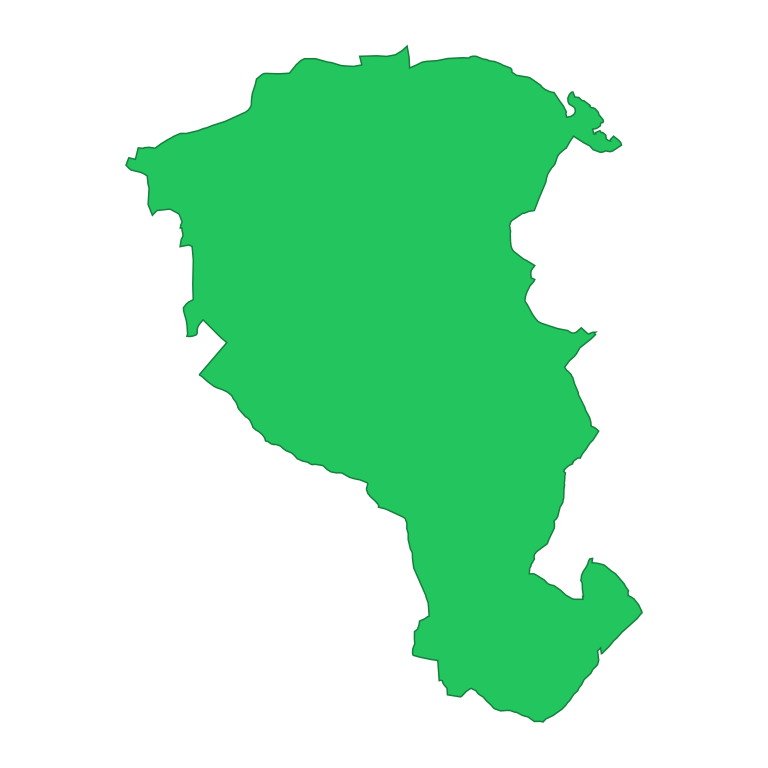 Milas, Bistrita-Nasaud, Romania (Equal Earth projection)
{"feature_id": "2599482B6328448760405", "entity_name": "Milas", "entity_type": "district", "adm_level": 2, "iso_a3": "ROU", "parent_name": "Romania", "parent_adm1": "Bistrita-Nasaud", "projection": "equal_earth", "projection_center": [24.441, 46.819], "detail": "fine", "context": "isolated", "style": "filled", "palette": "green", "viewbox_px": 768, "rotation_deg": 0, "n_neighbors": 0, "source": "geoboundaries", "source_scale": "gbopen_adm2", "svg_char_len": 6072}
<svg xmlns="http://www.w3.org/2000/svg" viewBox="0 0 768 768"><path d="M539.5,721.3L543.1,721.9L543.1,721.3L544.4,720.8L545.4,719.2L552.9,715.6L561.8,709.3L565.7,705.3L567.8,702.4L569.4,701.0L573.7,694.4L577.7,690.8L579.1,687.7L581.5,684.8L584.1,679.6L591.0,673.1L592.7,669.6L596.7,665.7L597.5,664.6L598.7,660.3L597.6,650.8L600.6,647.9L601.4,653.7L602.1,653.4L609.2,646.4L613.7,640.8L617.0,637.8L622.1,632.1L637.2,618.5L640.6,614.2L641.9,613.1L642.0,612.0L638.7,604.9L633.9,598.8L631.1,597.0L628.2,595.6L628.0,592.4L628.6,590.9L625.3,586.2L624.3,584.0L615.6,573.9L611.1,570.8L604.8,565.5L603.5,564.8L597.7,563.3L592.0,562.7L592.6,558.4L589.6,559.0L588.6,561.1L587.8,563.9L586.3,566.9L583.4,571.2L581.5,575.5L581.3,578.1L580.8,580.4L582.2,582.8L582.4,589.0L583.4,596.3L582.6,596.3L582.9,599.3L575.9,599.3L573.8,599.2L572.0,598.6L565.9,595.2L560.5,590.2L554.1,585.7L550.0,584.7L547.6,583.6L544.3,580.0L535.2,574.4L533.7,573.8L529.3,573.9L529.7,568.2L530.8,566.4L531.4,564.0L532.7,562.2L533.2,560.9L534.4,559.2L534.0,556.6L534.7,554.0L536.9,551.5L547.3,543.7L548.9,539.4L554.3,528.2L554.5,524.8L554.1,520.8L556.3,518.9L557.7,516.6L560.0,507.3L562.8,502.6L563.2,499.6L563.7,498.3L564.0,489.0L564.6,484.5L564.2,483.1L564.6,481.5L564.9,475.9L565.4,472.8L563.6,471.4L564.5,469.8L564.2,469.6L568.5,465.8L572.6,463.8L572.4,463.3L573.0,462.5L572.7,462.2L574.7,460.2L578.0,457.9L580.2,458.1L582.4,453.8L585.8,449.5L589.8,443.3L593.2,439.8L598.7,431.1L596.7,429.2L594.2,427.4L591.2,426.2L590.8,421.9L589.5,417.4L585.6,410.2L584.7,407.2L578.5,394.8L578.2,392.4L574.4,383.4L572.8,377.6L571.8,376.3L571.1,374.5L567.9,371.2L566.6,370.2L564.6,367.3L569.3,360.9L574.1,356.6L576.4,353.9L579.8,347.9L591.0,339.0L595.5,334.6L594.3,333.3L595.7,332.2L592.5,332.3L588.6,334.0L587.5,333.5L581.3,327.8L576.1,332.4L573.0,333.2L571.4,332.8L567.5,330.5L557.6,328.6L541.8,323.4L538.3,321.7L535.5,318.6L532.3,314.0L527.4,304.8L525.3,301.7L524.9,300.3L525.6,295.9L526.9,292.1L530.1,285.7L533.5,282.0L534.8,279.5L531.0,277.8L531.1,276.3L530.8,274.2L530.9,272.2L531.5,269.9L534.8,265.6L527.4,261.0L523.0,258.7L513.5,251.2L512.1,249.0L511.1,246.4L510.5,241.5L510.3,233.4L510.6,231.2L510.0,228.8L510.0,227.4L509.5,225.9L510.6,222.3L511.7,220.7L522.6,213.3L524.5,213.2L529.0,211.3L534.3,210.6L539.3,197.6L545.8,182.2L546.6,177.8L547.9,173.9L551.6,168.0L553.5,166.0L555.1,163.6L557.2,157.2L558.1,155.4L560.0,153.1L565.0,148.8L566.1,148.3L570.4,140.8L573.6,136.2L583.5,142.6L589.9,146.0L593.0,149.6L600.3,152.3L603.1,152.0L605.5,150.9L610.1,151.7L612.4,151.1L621.5,145.2L620.7,142.5L618.6,140.2L613.6,136.2L610.3,139.7L610.6,141.0L608.2,140.5L606.2,138.8L605.8,135.1L602.7,132.5L601.3,132.7L600.0,130.7L595.3,132.7L595.7,133.9L593.7,133.9L592.6,129.1L595.8,128.7L597.6,127.8L600.1,126.0L600.5,125.1L600.5,123.6L601.2,122.8L602.8,122.6L603.4,121.6L603.1,119.8L599.0,114.8L598.3,112.3L595.1,108.7L593.1,107.8L591.9,107.9L589.5,106.4L590.1,105.4L583.9,100.7L582.1,100.6L578.8,97.5L574.9,97.0L572.9,92.0L571.6,92.2L569.3,94.7L567.8,98.2L568.1,101.7L569.2,104.1L573.8,107.0L575.1,108.8L575.3,112.1L573.7,114.6L571.0,116.4L566.6,117.2L565.9,113.8L566.4,112.0L563.1,105.6L560.1,101.6L554.1,92.6L550.1,91.8L545.3,89.6L542.0,87.2L540.9,85.5L530.1,77.9L528.0,77.2L516.4,75.3L512.0,72.2L511.8,69.6L510.6,68.1L503.1,65.3L500.4,63.8L494.5,61.5L489.7,60.9L486.4,59.5L482.8,59.0L476.2,56.3L473.0,56.2L470.4,56.8L468.8,58.1L463.5,57.7L447.9,58.5L436.8,60.7L426.3,61.4L422.1,62.2L416.7,64.9L409.6,68.0L409.1,57.4L407.1,46.1L402.2,50.6L395.4,54.8L386.8,56.4L376.9,55.8L359.7,56.3L361.8,64.9L353.6,66.4L346.0,66.0L340.9,65.5L331.5,62.6L327.7,62.1L315.5,58.7L304.4,58.7L300.9,60.5L296.2,64.8L289.4,73.2L279.0,73.8L266.0,73.4L263.8,73.6L261.4,75.0L256.5,79.1L255.3,84.5L252.4,93.2L251.6,98.6L251.3,104.5L250.9,106.4L248.6,109.8L245.6,112.1L225.2,121.4L212.4,125.5L206.4,127.9L203.6,128.5L198.1,130.7L186.4,133.5L180.6,133.4L174.7,135.9L167.6,139.8L160.9,143.9L155.1,148.2L149.2,147.3L144.2,147.7L143.6,148.3L138.2,147.9L135.4,159.3L128.8,157.8L126.0,165.1L128.7,168.1L131.1,170.0L140.8,172.4L143.7,173.7L147.2,175.9L148.0,184.0L149.1,188.1L148.1,204.4L152.4,215.3L157.0,210.5L170.0,209.1L178.8,213.8L179.9,216.0L182.1,222.0L180.7,225.3L180.3,228.1L181.9,227.9L182.1,231.0L182.7,232.9L183.0,236.0L181.2,239.5L180.1,246.7L188.8,245.0L192.1,246.4L193.3,259.8L192.8,284.6L193.2,299.7L188.7,302.0L186.4,303.9L183.4,307.8L183.7,311.3L186.3,320.6L187.0,325.2L187.6,333.7L186.9,336.3L189.9,336.5L192.7,336.1L196.3,334.8L197.1,333.5L197.3,329.0L197.9,326.8L199.3,324.4L203.1,319.8L221.0,337.7L226.8,342.6L199.5,374.5L199.6,375.1L201.6,376.2L208.1,382.0L214.3,386.5L217.5,388.0L222.1,389.5L227.0,391.8L230.6,394.6L232.1,396.2L233.2,398.6L235.8,401.9L237.3,405.1L237.9,407.4L239.0,409.4L245.5,416.7L247.9,418.1L250.0,420.3L252.2,425.1L252.9,427.3L255.8,429.9L258.9,431.7L262.5,434.8L264.9,438.3L265.1,439.8L265.7,441.1L267.9,441.5L271.0,443.8L273.7,444.5L276.1,444.5L280.4,446.0L283.1,448.5L285.9,450.6L291.1,452.7L293.0,454.1L294.6,455.6L297.2,458.7L302.1,460.9L307.6,462.2L311.1,464.3L312.3,464.6L315.2,464.3L322.3,465.4L323.3,465.8L327.1,469.5L331.0,471.9L336.4,472.9L340.3,472.8L342.1,473.1L349.7,477.4L354.7,478.8L360.1,479.9L367.1,482.7L367.8,483.8L366.5,488.6L366.6,489.9L367.9,493.5L370.6,496.8L376.4,502.2L376.4,502.7L377.7,503.5L378.6,505.8L378.5,507.2L385.4,508.9L402.2,516.6L405.1,518.4L406.9,523.2L406.8,528.7L408.2,533.4L408.2,539.6L410.4,549.0L412.3,552.6L412.5,558.4L413.7,567.9L425.6,595.0L426.2,597.4L428.2,603.0L429.0,613.4L429.1,616.2L427.9,616.5L424.7,618.8L419.5,621.1L419.3,623.4L418.6,626.4L417.3,629.4L414.5,631.6L414.4,638.7L414.8,643.6L412.8,648.8L412.5,653.4L413.2,655.3L420.4,657.3L432.2,659.7L437.8,660.4L439.2,680.7L440.5,680.3L442.3,680.6L443.0,683.2L444.0,684.8L446.8,688.0L447.1,688.8L447.4,694.8L460.5,696.9L461.8,696.1L466.3,691.4L469.6,689.1L471.2,688.4L475.9,690.7L478.5,694.1L483.3,697.1L486.6,701.0L491.2,705.2L493.2,707.7L494.7,708.8L500.7,710.9L507.2,710.4L510.6,710.6L514.3,712.0L517.3,712.6L522.3,715.4L528.1,717.0L534.4,721.5L539.5,721.3Z" fill="#22c55e" stroke="#15803d" stroke-width="1.5"/></svg>